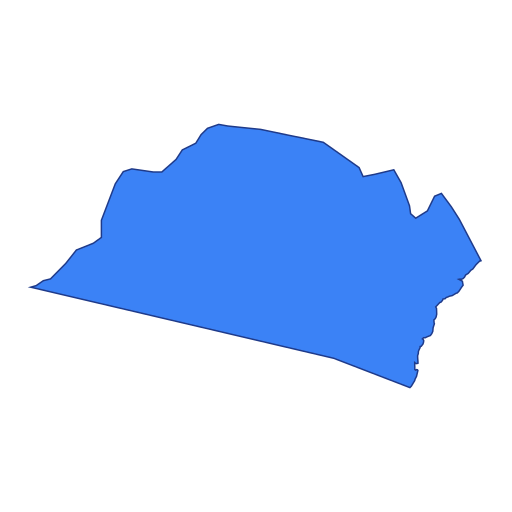 Ngeruikl, Ngchesar, Palau
{"feature_id": "81905179B39182150955379", "entity_name": "Ngeruikl", "entity_type": "district", "adm_level": 2, "iso_a3": "PLW", "parent_name": "Palau", "parent_adm1": "Ngchesar", "projection": "orthographic", "projection_center": [134.618, 7.484], "detail": "fine", "context": "isolated", "style": "filled", "palette": "blue", "viewbox_px": 512, "rotation_deg": 0, "n_neighbors": 0, "source": "geoboundaries", "source_scale": "gbopen_adm2", "svg_char_len": 1541}
<svg xmlns="http://www.w3.org/2000/svg" viewBox="0 0 512 512"><path d="M239.1,127.2L227.7,126.0L218.7,124.4L207.5,128.3L201.1,134.6L195.8,143.2L182.3,149.9L176.1,159.4L161.8,172.0L153.3,172.0L131.8,168.9L123.3,171.6L115.3,183.8L101.4,220.3L101.4,237.4L93.4,243.2L76.4,250.0L65.7,263.5L50.5,278.9L43.3,280.7L36.2,285.6L30.7,287.2L333.8,358.3L409.9,387.6L411.4,386.1L413.0,383.4L414.7,380.6L415.1,379.1L416.5,376.4L417.3,373.0L417.9,370.5L417.5,369.8L416.4,369.6L415.8,370.2L414.8,369.5L414.8,366.9L414.7,364.5L414.7,362.6L415.7,363.5L416.8,363.6L418.0,363.2L417.9,361.0L417.7,358.3L417.6,355.7L418.3,353.6L418.4,351.5L419.0,349.9L420.1,347.6L420.1,346.5L421.2,346.3L423.0,344.0L423.6,341.9L423.7,340.4L423.1,339.4L422.4,338.9L423.6,337.7L425.4,337.7L426.4,337.1L428.1,336.4L430.4,335.5L431.8,333.6L432.8,331.3L433.1,327.7L434.4,323.7L434.1,323.0L433.9,319.9L435.2,318.7L436.1,317.0L436.7,314.2L436.6,310.7L436.5,308.4L435.7,306.9L439.9,302.4L440.8,302.3L442.5,300.4L443.0,299.0L445.1,298.7L446.2,297.5L448.0,296.9L449.4,296.2L452.2,295.6L456.2,293.2L457.2,293.0L458.9,291.3L461.8,286.9L463.1,285.2L462.7,283.1L462.4,281.2L458.8,279.3L459.8,279.1L461.6,279.2L462.9,278.7L464.5,277.2L465.6,275.0L468.2,273.4L470.9,270.2L472.8,269.0L476.0,264.7L478.4,262.3L480.3,260.5L481.3,261.3L459.3,219.3L451.4,206.9L441.4,193.4L434.6,196.2L427.4,210.9L415.7,218.2L410.6,213.7L409.5,205.8L401.1,182.7L393.8,169.8L374.8,174.3L363.1,176.6L359.1,167.6L323.3,142.3L287.5,135.0L260.7,129.4L239.1,127.2Z" fill="#3b82f6" stroke="#1e3a8a" stroke-width="1.5"/></svg>